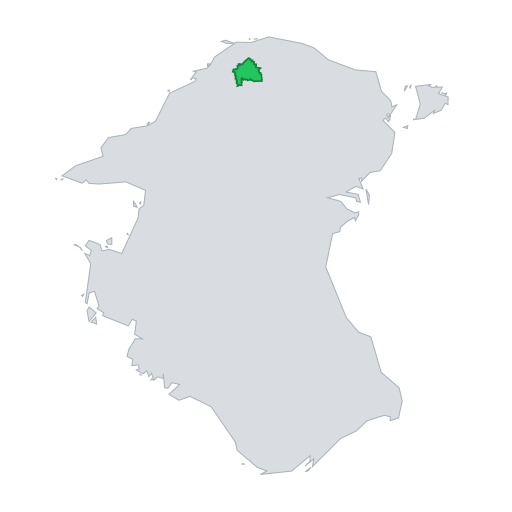 Western Downs, Queensland, Australia (highlighted), rotated 268°
{"feature_id": "25037944B15079852191884", "entity_name": "Western Downs", "entity_type": "district", "adm_level": 2, "iso_a3": "AUS", "parent_name": "Australia", "parent_adm1": "Queensland", "projection": "albers", "projection_center": [150.512, -26.807], "detail": "fine", "context": "in_parent", "style": "filled", "palette": "green", "viewbox_px": 512, "rotation_deg": 268, "n_neighbors": 0, "source": "geoboundaries", "source_scale": "gbopen_adm2", "svg_char_len": 8053}
<svg xmlns="http://www.w3.org/2000/svg" viewBox="0 0 512 512"><g transform="rotate(268 256 256)"><path d="M352.5,78.9L361.0,106.6L369.5,104.8L379.6,112.8L381.9,130.0L387.9,135.8L389.8,152.0L394.2,160.3L421.7,175.3L432.6,201.1L435.6,202.4L436.1,197.8L442.0,202.5L442.9,200.1L445.3,213.3L448.7,217.2L456.2,221.4L470.4,243.8L469.6,258.6L474.5,276.5L466.8,309.6L461.7,321.6L449.5,335.2L438.5,362.0L436.0,382.2L416.1,387.2L406.4,396.1L400.3,397.0L402.2,401.9L392.3,395.0L393.6,393.3L392.9,391.6L391.1,391.6L388.0,394.8L385.6,393.0L389.4,389.9L387.1,387.7L374.5,399.2L353.8,395.2L336.9,383.2L335.5,372.9L327.1,364.2L330.3,364.3L330.0,361.5L319.4,365.3L322.0,358.1L316.8,348.3L314.0,360.3L306.1,362.2L307.0,358.3L310.7,357.8L314.5,341.4L311.8,329.6L307.6,342.7L300.0,348.4L295.5,356.5L296.7,360.2L293.4,360.1L287.7,356.5L291.0,356.0L287.8,349.0L281.7,341.2L277.4,340.7L275.8,333.4L242.6,325.3L191.3,344.1L176.3,355.9L171.2,368.0L135.5,377.0L119.3,394.4L106.1,397.1L89.2,392.8L86.6,384.3L90.6,384.7L92.3,378.7L87.5,361.3L77.6,350.0L70.7,334.2L43.5,305.0L51.3,306.7L44.2,297.5L48.9,302.7L54.5,303.1L39.8,284.1L37.5,252.7L40.8,259.3L44.7,249.9L62.6,230.3L70.5,229.0L106.9,206.0L118.0,185.2L114.5,174.0L120.8,164.1L130.3,175.2L132.3,167.5L126.9,163.4L127.5,160.1L141.4,159.3L136.9,159.0L138.7,153.4L135.4,149.5L142.5,147.5L139.2,144.7L145.1,143.0L142.1,138.8L146.3,132.4L147.3,135.5L151.4,134.3L150.7,128.2L157.1,129.1L160.1,123.6L167.3,125.7L177.5,132.5L177.2,139.5L182.0,132.0L195.1,134.1L197.0,130.1L190.6,125.9L201.7,100.7L204.8,101.7L209.0,95.3L211.2,97.4L226.2,93.4L225.0,88.0L214.1,85.5L215.6,83.8L254.2,90.6L264.5,85.0L262.4,89.8L267.2,91.7L272.1,85.7L277.5,89.7L272.8,100.6L266.5,102.2L267.7,109.6L263.1,121.9L298.2,139.5L307.3,140.8L310.5,145.6L325.4,147.9L334.6,128.7L333.4,101.8L334.4,91.7L338.0,89.0L334.8,84.7L342.9,64.9L352.5,78.9ZM386.9,420.3L402.2,425.5L420.0,421.4L421.4,437.2L420.2,434.4L418.5,437.7L418.3,448.1L411.9,444.0L408.2,453.6L400.6,453.1L402.0,450.4L395.2,446.1L392.2,438.2L395.2,439.5L387.7,428.7L386.9,420.3ZM196.5,86.9L207.2,85.2L210.9,87.5L204.7,94.3L196.5,86.9ZM303.5,370.3L319.1,368.2L312.7,371.5L303.5,370.3ZM276.6,107.0L279.3,112.5L272.6,112.3L273.2,108.1L276.6,107.0ZM469.5,241.2L469.2,234.5L471.7,228.9L472.7,233.0L469.5,241.2ZM415.5,410.0L420.6,411.2L420.8,413.4L415.5,410.0ZM195.7,88.7L200.4,93.7L193.5,94.4L195.7,88.7ZM381.0,412.2L378.1,411.8L379.4,407.9L381.0,412.2ZM314.9,135.5L311.9,137.5L308.8,138.8L310.1,135.4L314.9,135.5ZM43.0,303.5L39.8,301.1L38.7,298.3L39.0,298.0L43.0,303.5ZM419.7,415.6L421.7,417.1L417.9,415.9L419.7,415.6ZM447.4,214.2L449.7,214.2L449.7,217.1L447.4,214.2ZM390.6,151.7L393.5,153.4L393.0,154.4L390.6,151.7ZM411.9,449.6L412.2,452.2L410.3,451.4L411.9,449.6ZM472.9,261.2L473.0,264.9L472.8,264.8L472.9,261.2ZM223.6,82.5L221.7,81.2L222.7,80.3L223.6,82.5ZM273.6,76.6L271.3,79.7L273.8,74.4L273.6,76.6ZM473.4,256.8L472.3,258.0L473.0,256.7L473.4,256.8ZM283.1,128.4L281.7,129.1L282.3,127.7L283.1,128.4ZM271.3,107.4L269.5,108.0L270.4,106.0L271.3,107.4ZM48.7,234.3L48.9,236.7L48.1,236.8L48.7,234.3ZM339.6,63.8L339.6,65.7L338.8,64.4L339.6,63.8ZM391.2,392.5L391.6,393.7L391.1,393.4L391.2,392.5ZM270.7,80.6L267.4,82.9L270.8,80.1L270.7,80.6ZM141.8,135.9L140.8,137.5L141.3,135.8L141.8,135.9ZM412.9,447.8L412.0,448.3L412.5,447.3L412.9,447.8ZM314.0,142.5L312.1,142.6L313.0,141.4L314.0,142.5ZM136.9,147.6L136.2,148.5L135.7,146.7L136.9,147.6ZM419.9,442.2L418.6,443.0L419.0,441.6L419.9,442.2ZM340.5,58.4L340.3,59.8L339.3,59.2L340.5,58.4ZM390.5,394.2L391.9,395.3L389.7,395.0L390.5,394.2ZM425.0,175.1L423.7,175.2L424.2,173.7L425.0,175.1ZM435.1,197.5L434.5,197.6L434.9,196.3L435.1,197.5ZM387.4,418.4L387.1,419.4L386.7,418.2L387.4,418.4Z" fill="#d9dde1" stroke="#a8b0b8" stroke-width="1"/><path d="M430.4,268.0L432.2,268.2L432.3,267.9L433.9,268.1L435.5,267.6L436.9,267.9L436.9,267.5L437.4,267.6L437.5,267.4L437.4,267.4L437.5,267.4L437.6,267.0L437.9,267.1L438.6,266.8L438.8,266.9L438.8,266.2L439.1,266.2L439.1,265.7L439.7,265.7L439.8,265.2L440.0,265.2L440.2,265.4L440.3,265.4L440.3,265.2L440.6,265.0L440.9,265.2L441.0,265.2L441.4,265.5L441.7,265.2L441.7,265.3L442.3,265.4L442.5,265.5L442.8,265.8L443.1,266.2L443.1,266.8L443.4,266.9L443.4,267.1L443.6,267.2L443.9,265.5L444.0,265.6L444.1,265.1L444.1,264.9L444.1,264.5L444.3,263.2L444.5,262.9L444.7,262.7L445.0,262.1L445.5,262.6L446.1,262.4L446.1,262.9L446.6,263.0L447.0,262.9L447.3,263.0L447.7,262.9L447.7,262.7L447.8,262.4L447.7,262.3L447.8,261.9L447.7,261.8L447.7,261.4L447.8,260.5L449.0,260.6L448.9,260.8L450.2,261.0L450.2,260.0L450.3,260.0L450.5,258.5L451.7,259.4L451.8,258.5L451.7,258.4L451.7,258.2L451.8,257.8L451.9,257.7L451.9,257.3L452.1,257.4L452.1,257.5L452.5,257.5L452.8,257.4L452.9,257.5L453.0,257.5L453.0,257.2L453.1,256.7L453.3,256.7L453.3,256.4L453.6,256.4L453.6,256.1L454.0,255.9L454.1,255.5L454.1,255.3L453.9,255.1L453.7,254.8L453.3,254.6L453.2,254.6L453.0,254.2L452.8,253.9L452.6,253.8L452.5,253.6L452.5,253.4L452.5,253.2L452.2,253.2L451.8,253.1L451.7,253.1L451.4,252.9L451.4,252.7L451.4,252.4L451.2,252.3L451.1,252.2L451.3,252.1L451.3,251.9L451.2,251.6L450.9,251.6L450.7,251.4L450.5,251.2L450.4,251.0L450.2,250.8L450.0,250.7L449.9,250.5L449.7,250.5L449.6,250.3L449.5,250.2L449.4,250.3L449.3,250.2L449.2,250.1L449.2,249.9L449.2,249.7L447.8,249.5L448.2,248.5L448.4,247.1L447.6,247.0L447.1,247.0L447.1,246.2L447.2,246.3L447.7,246.0L447.8,245.9L448.0,245.9L448.0,245.7L448.3,245.8L448.6,245.9L448.7,245.7L448.7,245.4L448.6,245.2L448.4,245.2L448.3,245.3L448.2,245.4L447.7,245.1L447.4,245.0L447.1,244.9L447.0,244.5L447.0,244.4L446.9,244.3L446.8,244.0L446.5,244.1L446.4,244.0L446.2,244.1L445.9,244.0L445.3,244.6L444.7,244.5L444.6,244.3L444.6,244.1L444.5,243.9L444.4,243.7L444.0,243.7L443.8,243.7L443.7,243.6L443.4,243.5L443.4,243.2L443.5,243.0L443.5,242.9L443.5,242.6L443.6,242.4L443.7,242.2L443.5,241.9L443.4,241.8L443.4,241.7L443.2,241.7L443.1,241.3L443.2,241.2L443.3,241.2L443.3,240.7L443.1,240.6L443.1,240.4L443.2,240.2L443.3,240.1L443.2,240.0L443.2,239.8L442.5,239.7L442.3,239.5L441.8,239.6L441.6,239.5L441.5,239.4L441.3,239.2L440.9,239.1L440.9,239.3L440.8,239.8L440.7,239.9L440.6,240.0L440.8,240.7L440.7,241.2L440.6,241.4L440.4,241.4L440.3,241.6L439.8,241.7L439.7,241.4L439.3,241.3L439.2,241.2L439.1,241.5L438.9,241.4L438.7,241.4L438.0,241.3L438.1,241.6L437.8,241.7L437.6,241.8L437.5,241.7L437.3,241.6L437.2,241.5L437.1,241.4L437.0,241.7L436.7,241.7L436.6,242.0L436.6,241.9L436.4,241.9L436.3,242.3L436.2,242.2L435.7,242.1L435.4,242.0L435.3,241.9L435.2,241.8L435.1,241.7L434.9,241.8L434.5,242.0L434.3,242.0L434.2,241.9L434.2,242.0L433.9,242.1L433.6,242.2L433.7,242.6L433.6,242.8L433.2,242.1L432.6,242.4L432.3,242.7L431.6,242.6L431.5,243.3L430.4,243.2L430.5,242.7L429.6,242.5L429.2,242.7L429.2,242.8L429.0,243.0L428.9,243.0L428.5,243.6L426.8,243.3L426.6,243.4L426.4,243.3L426.7,244.5L427.6,244.6L427.6,244.8L427.7,245.4L427.5,245.5L427.4,245.8L427.2,246.0L427.1,246.3L427.1,246.9L427.0,247.0L427.1,247.4L427.0,247.7L427.3,247.8L427.5,247.7L428.3,247.6L428.4,247.4L428.5,247.4L428.8,247.4L429.1,247.5L429.3,247.4L429.4,247.5L429.5,247.5L429.6,247.4L430.1,247.6L430.1,247.8L430.3,247.7L430.4,247.4L430.8,247.5L430.6,247.6L430.8,247.7L430.8,247.8L430.8,248.0L431.1,248.0L431.2,247.9L431.3,248.0L431.5,247.6L432.0,247.7L431.9,247.6L432.0,247.5L432.3,247.6L432.5,247.7L433.0,247.7L433.1,247.4L434.1,247.6L434.3,247.8L434.2,248.5L433.7,248.8L433.7,248.7L433.4,248.6L433.4,249.0L433.2,249.0L432.7,249.5L433.2,249.6L432.9,249.9L432.9,250.2L432.9,250.4L433.0,250.4L433.0,250.6L432.9,250.6L432.8,250.8L432.9,251.1L432.6,251.0L432.5,251.3L432.9,251.3L432.9,251.7L432.8,251.8L432.6,252.0L432.6,252.7L432.6,252.9L432.5,253.0L432.7,253.3L431.7,253.7L431.8,253.7L431.9,253.8L432.0,253.8L431.7,253.9L432.2,255.3L432.3,255.6L432.5,256.1L432.5,256.4L432.4,256.3L432.0,256.4L432.0,256.5L432.3,256.5L432.2,256.6L432.2,256.8L432.3,256.9L432.6,256.8L431.4,258.3L431.8,258.7L431.4,259.1L430.8,259.6L430.6,259.9L430.6,260.0L430.4,260.5L430.5,260.8L430.8,261.2L430.8,261.4L430.8,261.5L430.5,264.1L430.9,264.2L430.4,268.0Z" fill="#22c55e" stroke="#15803d" stroke-width="1.5"/></g></svg>